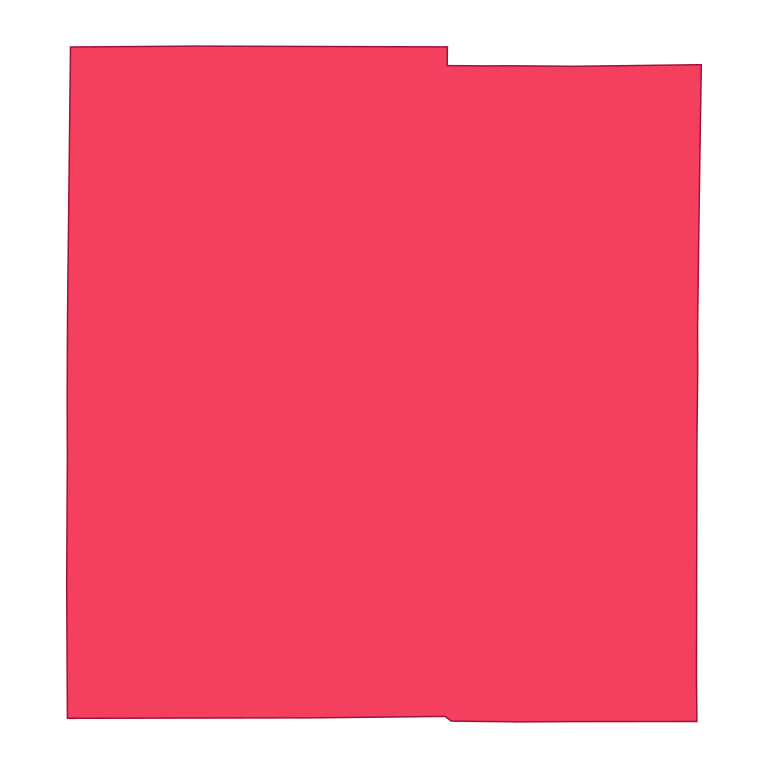 outline of Dodge, Wisconsin, United States of America, rotated 270°
{"feature_id": "52423323B32671588728946", "entity_name": "Dodge", "entity_type": "district", "adm_level": 2, "iso_a3": "USA", "parent_name": "United States of America", "parent_adm1": "Wisconsin", "projection": "equal_earth", "projection_center": [-88.734, 43.414], "detail": "fine", "context": "isolated", "style": "filled", "palette": "rose", "viewbox_px": 768, "rotation_deg": 270, "n_neighbors": 0, "source": "geoboundaries", "source_scale": "gbopen_adm2", "svg_char_len": 524}
<svg xmlns="http://www.w3.org/2000/svg" viewBox="0 0 768 768"><g transform="rotate(270 384 384)"><path d="M572.3,699.3L703.3,701.3L701.7,574.9L702.2,512.0L702.1,485.7L702.4,447.2L721.1,447.4L721.9,196.6L721.0,70.5L451.4,67.5L451.1,67.5L372.0,67.2L325.1,67.3L317.3,67.4L183.6,66.7L49.7,67.4L50.2,319.1L51.6,445.0L46.9,451.2L46.6,476.3L46.3,504.7L46.3,509.7L46.1,514.8L46.4,570.7L46.5,696.9L89.3,696.5L323.3,696.9L396.7,697.7L440.7,697.6L572.2,699.3L572.3,699.3Z" fill="#f43f5e" stroke="#9f1239" stroke-width="1.5"/></g></svg>